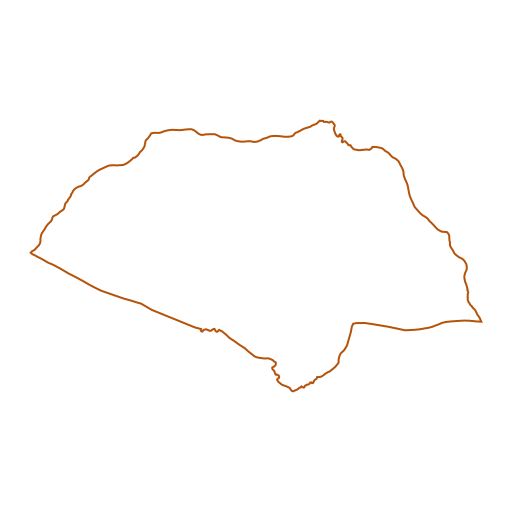 Meung, Bokeo, Laos (Albers equal-area conic projection)
{"feature_id": "54806243B45963768052626", "entity_name": "Meung", "entity_type": "district", "adm_level": 2, "iso_a3": "LAO", "parent_name": "Laos", "parent_adm1": "Bokeo", "projection": "albers", "projection_center": [100.544, 20.66], "detail": "fine", "context": "isolated", "style": "outline", "palette": "amber", "viewbox_px": 512, "rotation_deg": 0, "n_neighbors": 0, "source": "geoboundaries", "source_scale": "gbopen_adm2", "svg_char_len": 6046}
<svg xmlns="http://www.w3.org/2000/svg" viewBox="0 0 512 512"><path d="M481.3,321.7L479.5,317.5L477.4,314.7L475.4,310.5L474.0,308.8L472.4,307.5L472.3,306.8L471.6,306.0L470.8,305.4L470.1,304.6L469.2,302.8L468.6,302.3L468.4,301.6L467.6,299.4L467.9,298.0L467.5,297.2L467.8,296.1L467.8,295.3L467.6,294.6L467.8,293.7L468.2,292.9L468.2,292.2L467.9,291.1L467.4,290.4L467.3,289.6L467.6,289.3L466.5,285.2L465.0,281.3L464.3,277.5L464.5,275.2L465.0,273.4L466.7,269.4L466.8,267.6L466.4,264.3L464.5,261.0L462.6,259.0L458.9,257.1L456.3,255.2L454.5,253.5L453.1,250.8L451.3,248.0L450.3,246.3L449.9,244.8L450.0,242.8L449.4,239.9L449.2,235.6L448.5,233.8L446.9,232.1L444.9,231.9L441.8,231.7L439.8,230.7L437.6,229.4L434.0,225.5L431.3,222.7L429.5,221.1L427.8,218.8L426.6,217.7L424.7,216.5L422.8,215.4L420.6,213.6L418.7,211.6L416.9,209.5L415.0,207.4L414.1,205.9L413.0,203.0L411.9,200.9L410.4,197.5L409.7,195.7L408.9,192.3L407.9,186.6L407.3,184.3L406.1,181.3L405.0,179.2L404.5,177.4L403.8,175.7L403.5,172.4L403.0,169.9L401.7,167.2L400.1,164.4L399.4,162.8L398.5,161.2L397.0,159.8L395.7,158.8L392.5,157.2L391.0,155.7L388.4,152.8L384.9,150.7L383.7,149.5L382.3,148.4L379.9,147.7L377.4,147.2L374.5,146.9L372.4,147.0L372.4,147.4L372.1,147.7L370.8,149.0L370.2,149.2L369.6,149.7L368.9,149.9L368.3,149.8L367.0,149.5L365.8,149.5L363.7,149.8L361.7,149.9L361.1,150.1L360.7,150.1L359.8,150.2L358.8,150.2L354.8,149.5L354.1,149.3L353.3,148.9L352.9,148.3L351.6,147.1L351.1,146.3L350.6,145.4L350.3,145.1L349.4,145.3L348.6,145.2L348.4,145.1L348.1,144.5L347.2,143.3L346.5,142.7L345.4,141.5L345.1,141.3L344.5,141.2L344.0,141.4L342.8,142.1L342.4,142.3L342.1,142.1L341.8,141.7L341.8,141.2L342.2,139.9L342.5,139.3L342.6,138.6L342.5,138.1L342.2,137.5L340.7,136.1L340.6,135.7L340.6,134.6L340.5,134.4L340.1,134.3L339.8,134.3L339.3,134.8L339.0,136.0L338.7,136.5L338.3,136.6L337.6,136.6L337.2,136.3L336.8,135.8L336.4,135.6L336.3,135.2L335.6,134.3L334.2,130.6L333.9,128.9L333.9,128.2L334.7,126.1L334.7,125.4L334.6,124.8L333.8,123.9L332.9,122.7L332.6,122.2L332.0,121.8L331.5,121.6L330.9,121.7L330.4,121.8L329.6,122.4L329.2,122.6L328.3,122.4L327.3,122.0L326.9,121.9L325.4,121.8L324.1,122.0L323.8,121.8L323.2,120.9L322.7,120.8L321.7,121.0L321.0,121.0L320.2,120.7L319.7,120.7L318.2,122.2L316.6,123.7L311.9,125.6L310.2,126.8L308.3,127.3L307.1,127.8L306.4,127.9L303.7,128.8L297.6,132.1L295.6,132.8L294.6,133.7L293.4,135.3L292.6,135.9L290.5,136.5L287.2,136.8L284.1,136.7L279.2,136.1L274.3,135.9L271.1,136.2L269.8,136.5L268.3,137.2L265.8,138.1L263.0,138.8L261.3,140.0L257.6,141.5L255.4,141.9L253.1,141.8L250.1,141.2L247.0,141.3L244.5,141.6L241.6,141.7L237.2,141.1L235.0,140.4L231.8,138.6L228.9,137.8L226.3,137.5L222.1,137.3L220.4,137.0L218.4,135.8L215.1,134.3L213.2,134.2L210.5,134.2L205.4,134.4L203.2,134.9L201.3,134.9L200.0,134.5L197.8,133.2L195.8,131.5L193.7,130.1L191.7,129.3L190.2,129.2L188.1,129.3L184.8,129.6L181.1,130.1L178.1,130.1L172.6,129.8L170.8,129.9L168.0,130.3L164.4,131.1L164.1,131.3L161.2,132.4L159.3,132.9L156.7,132.9L154.5,132.8L151.6,133.3L151.1,133.5L150.9,133.9L150.4,134.9L148.5,137.6L147.6,138.7L146.4,139.6L145.4,141.3L145.3,142.8L144.9,143.9L144.6,146.1L143.8,147.7L142.8,149.2L141.6,150.7L140.3,151.7L138.1,155.0L136.6,156.4L134.7,157.7L133.3,157.8L132.8,158.2L132.4,158.9L128.7,162.0L125.9,163.8L123.1,165.0L116.7,165.4L113.8,165.2L110.3,165.4L109.4,165.5L107.3,166.2L100.1,169.5L97.7,170.8L93.7,173.8L92.1,175.2L89.9,176.8L89.4,177.4L89.0,178.2L88.7,179.5L87.9,180.5L86.2,181.8L84.5,183.2L83.6,184.3L82.4,185.2L81.5,185.7L80.6,186.1L79.1,186.5L78.2,186.9L76.2,187.9L74.6,189.1L72.9,191.1L72.6,192.0L72.0,193.2L71.3,193.9L71.1,194.2L71.1,194.8L70.9,195.7L70.2,196.9L68.1,199.6L67.7,200.8L66.5,202.3L65.5,203.3L65.1,204.1L64.7,206.1L64.1,208.3L63.7,209.2L63.2,209.7L61.8,210.7L60.6,211.4L57.0,214.4L53.2,216.3L52.9,216.7L52.5,217.5L52.0,219.2L51.4,220.7L49.5,222.7L47.8,224.3L46.3,226.3L44.6,229.2L41.6,233.7L41.1,235.3L40.4,238.9L40.5,240.3L40.2,242.8L39.3,244.6L38.5,245.7L34.4,250.0L32.2,251.1L30.7,252.7L32.4,254.2L35.0,255.4L37.8,257.0L41.1,258.6L48.4,262.8L52.8,264.6L60.1,268.5L68.8,273.6L75.5,277.0L83.3,281.2L88.9,284.5L93.2,286.8L101.1,290.7L123.5,298.5L131.4,300.7L136.4,302.3L141.0,303.6L151.8,309.9L195.1,327.5L201.0,329.0L200.9,329.3L200.8,330.7L202.0,331.6L202.3,331.6L202.5,331.6L202.7,331.3L202.9,330.7L203.3,330.2L204.6,329.6L205.4,329.4L206.0,329.3L206.4,329.4L207.3,329.8L208.3,330.1L209.6,330.8L210.0,330.9L210.6,330.8L211.7,330.3L211.9,330.0L213.7,328.9L214.2,328.8L214.5,328.9L214.6,329.1L215.4,330.7L216.3,331.6L216.7,331.7L217.0,331.8L217.7,331.5L219.0,330.0L219.2,329.9L219.7,330.1L220.4,330.7L221.7,331.1L226.4,334.9L229.4,337.9L234.2,341.0L239.4,344.8L244.8,348.2L247.7,350.9L254.2,356.1L256.2,357.1L259.5,357.9L264.6,358.5L268.0,358.3L270.0,358.8L270.6,359.2L272.5,360.0L273.3,360.7L273.7,361.2L274.4,361.7L275.2,361.9L275.7,362.5L275.9,363.5L275.7,364.6L275.3,365.4L274.5,366.2L273.7,366.8L272.9,367.0L272.3,367.4L272.2,368.1L272.3,368.7L272.9,369.6L273.8,370.5L274.4,371.3L275.2,373.8L275.7,374.7L276.2,374.8L276.7,374.5L277.4,374.7L278.2,375.3L278.7,375.5L279.1,376.5L279.2,377.3L278.9,378.0L277.6,378.8L277.1,379.6L277.6,380.6L278.5,382.0L282.1,384.8L287.2,386.7L289.6,387.9L291.2,390.2L292.1,391.1L293.5,391.3L293.9,391.0L295.1,390.4L296.6,389.8L297.9,389.1L299.1,388.0L300.7,387.3L301.4,386.4L303.3,387.6L304.1,387.5L304.4,387.1L304.7,386.1L305.2,385.6L306.1,385.3L306.5,384.8L307.7,384.7L309.3,384.0L309.9,383.2L310.1,382.6L311.5,382.4L311.9,383.1L312.6,383.1L313.3,382.7L314.0,380.8L315.3,379.5L316.6,378.7L316.9,378.2L317.1,377.1L319.1,377.0L320.3,376.9L322.0,376.2L324.2,374.7L325.3,373.7L328.2,372.0L329.5,371.6L335.0,367.1L338.5,362.9L338.7,359.0L339.6,355.6L340.9,353.2L344.2,350.1L347.0,345.5L350.9,331.8L351.8,326.8L353.2,323.7L356.5,323.1L364.8,323.0L371.8,324.0L388.0,326.7L405.3,330.3L414.5,329.8L418.8,329.4L422.7,328.8L424.5,328.4L427.6,328.0L432.0,326.9L435.5,325.5L437.6,324.8L442.3,322.8L445.8,322.0L450.1,321.5L459.9,320.8L464.4,320.6L468.9,320.7L476.2,321.4L481.3,321.7Z" fill="none" stroke="#b45309" stroke-width="2"/></svg>